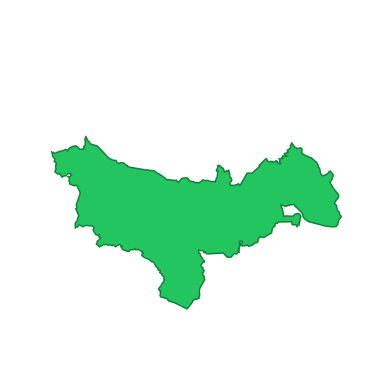 Quimixtlán, Puebla, Mexico (orthographic projection), rotated 218°
{"feature_id": "50627088B34935710320898", "entity_name": "Quimixtlán", "entity_type": "district", "adm_level": 2, "iso_a3": "MEX", "parent_name": "Mexico", "parent_adm1": "Puebla", "projection": "orthographic", "projection_center": [-97.112, 19.243], "detail": "fine", "context": "isolated", "style": "filled", "palette": "green", "viewbox_px": 384, "rotation_deg": 218, "n_neighbors": 0, "source": "geoboundaries", "source_scale": "gbopen_adm2", "svg_char_len": 6073}
<svg xmlns="http://www.w3.org/2000/svg" viewBox="0 0 384 384"><g transform="rotate(218 192 192)"><path d="M326.9,137.1L323.6,134.3L320.3,133.6L319.2,131.1L318.0,131.5L316.0,130.7L315.9,129.1L313.9,126.8L313.3,126.6L312.9,124.4L312.4,123.6L308.9,123.4L307.7,124.8L303.6,123.7L302.9,125.5L301.2,127.4L301.0,130.4L298.9,131.7L297.5,131.6L297.4,131.0L297.8,130.6L297.4,130.1L297.7,128.6L298.9,127.7L297.6,127.5L296.6,126.5L295.7,124.8L294.4,124.4L293.3,123.0L288.5,124.4L287.8,125.8L287.0,126.3L279.4,122.4L275.2,110.4L272.7,108.5L272.5,108.0L273.2,107.2L266.4,103.4L266.1,101.2L265.0,99.4L264.7,95.4L261.9,92.0L261.7,92.9L260.7,93.9L260.7,96.1L260.2,97.1L257.1,97.2L256.3,98.0L255.4,100.1L249.7,103.8L247.6,103.8L246.1,100.9L241.6,99.2L239.5,99.9L238.9,101.0L237.6,99.2L235.6,99.7L236.3,95.0L235.1,91.9L233.0,92.2L231.2,91.7L229.8,94.5L229.5,96.1L228.8,96.3L227.4,97.9L225.6,98.3L224.1,99.9L222.0,100.3L222.0,101.3L221.3,102.0L220.5,101.7L218.4,101.9L217.3,105.6L215.1,106.3L214.8,105.8L213.8,106.2L214.1,105.0L210.8,103.9L208.8,104.9L206.9,105.1L205.0,106.6L205.1,108.4L203.6,109.9L202.6,110.3L201.7,112.5L200.5,111.8L199.0,113.8L196.8,113.8L195.4,114.5L194.8,113.8L194.2,114.5L193.9,114.0L192.7,113.7L193.2,111.7L192.8,111.2L189.4,111.0L185.4,112.2L183.5,112.5L181.2,112.1L179.9,113.0L178.4,112.9L174.9,111.2L171.9,110.8L170.3,109.7L169.1,110.5L168.4,110.4L167.9,108.7L165.8,108.7L163.4,107.8L161.4,107.8L160.7,106.1L159.8,105.9L159.2,104.1L159.2,100.8L158.4,98.0L159.0,97.0L158.7,95.2L158.0,94.5L156.0,94.8L156.1,94.1L154.8,93.4L153.7,91.1L152.5,90.2L151.5,90.2L150.1,91.3L148.9,91.2L146.8,92.3L145.1,92.4L144.2,91.8L143.1,91.8L138.0,93.9L123.9,96.8L123.8,104.2L123.9,105.8L124.5,106.8L123.4,109.8L122.8,110.0L122.6,110.6L122.1,110.6L121.0,112.8L121.6,113.2L122.8,115.9L124.9,118.0L126.5,120.9L128.0,130.7L129.7,131.8L130.4,133.0L131.5,132.9L133.8,134.6L133.5,136.0L134.1,136.4L134.0,137.4L136.3,138.2L136.5,138.9L139.2,139.0L140.0,139.7L140.0,143.2L139.1,144.5L139.8,145.4L140.4,145.2L146.1,147.1L147.7,148.4L149.1,148.3L150.7,149.7L150.8,150.5L149.8,150.7L147.4,152.4L146.4,152.5L145.5,151.5L145.0,151.6L144.8,152.5L144.3,152.9L142.6,152.2L142.0,152.5L129.7,163.2L124.7,162.3L123.4,162.6L121.0,165.0L121.0,169.3L118.6,170.6L118.5,173.3L119.6,174.1L118.1,173.9L119.4,175.4L119.4,174.5L119.5,174.5L119.6,175.1L120.3,175.7L119.7,176.1L120.0,176.7L120.5,176.7L121.5,179.3L123.0,180.6L123.2,181.4L124.1,182.5L122.8,183.9L121.6,183.9L121.2,182.9L121.4,182.0L122.2,181.5L121.5,180.3L121.2,180.6L120.8,180.5L121.1,180.0L120.6,179.6L119.9,181.0L119.4,180.6L118.7,180.7L117.6,182.2L116.0,183.3L115.5,184.5L113.9,184.1L112.1,186.6L111.2,189.4L111.4,190.3L110.0,191.5L109.4,192.6L109.7,194.2L110.3,194.4L110.9,196.0L110.9,198.8L109.0,199.3L107.1,201.0L105.0,206.7L104.3,207.7L104.3,209.2L106.6,213.4L105.6,215.9L106.8,217.7L106.8,218.8L105.5,219.8L105.3,221.6L95.2,229.9L92.9,227.9L90.0,230.1L89.2,230.0L89.5,230.3L89.0,230.7L88.1,229.3L87.7,229.7L88.6,231.0L87.3,231.9L88.0,232.7L87.8,233.3L88.2,233.7L88.6,233.5L88.9,235.0L90.5,238.1L90.6,239.1L92.2,240.5L94.0,240.7L95.3,240.3L97.4,237.8L97.2,236.3L97.6,235.0L103.3,230.9L104.6,229.3L110.9,234.7L111.9,234.9L113.8,236.3L113.9,236.8L112.9,236.8L112.3,237.4L110.2,237.9L109.2,238.6L107.8,240.9L106.9,241.4L106.9,242.6L105.4,243.4L103.7,245.1L101.7,244.0L100.6,244.3L92.4,243.2L90.8,242.4L89.1,240.8L85.9,240.1L84.4,240.4L82.4,240.2L65.5,247.5L59.4,251.3L57.3,253.4L57.1,255.9L59.1,259.9L59.0,264.2L60.2,265.0L61.7,265.1L62.9,266.3L64.3,266.9L66.1,267.1L70.1,270.4L72.9,270.9L73.3,273.0L73.1,277.7L74.7,280.0L83.0,282.0L89.4,284.6L89.2,286.6L90.1,289.8L90.9,292.1L92.0,292.7L96.1,293.5L96.6,292.0L96.3,290.7L97.0,288.4L98.7,285.5L99.8,285.2L102.5,285.9L104.9,288.4L106.5,289.4L107.3,289.3L109.6,291.0L112.0,292.1L114.5,292.0L115.5,292.3L119.3,292.4L120.9,291.5L122.8,291.5L124.9,290.3L125.8,290.6L128.3,290.2L130.3,290.9L131.2,293.0L132.6,293.8L133.6,293.6L136.0,290.8L136.9,291.1L138.4,290.6L143.5,292.1L143.0,289.0L142.0,288.2L141.6,287.2L142.0,285.0L142.6,283.8L142.0,283.7L141.6,282.5L141.2,282.8L140.6,282.0L142.9,279.2L141.7,278.4L141.0,278.7L140.9,278.3L139.9,278.4L142.4,276.6L142.6,276.1L141.9,275.5L142.4,275.5L141.8,274.6L142.2,274.3L141.6,273.8L143.7,271.7L142.7,271.6L141.9,270.5L141.8,269.7L141.3,269.8L139.6,268.9L139.8,268.3L140.4,268.5L142.1,267.8L142.9,267.7L143.7,268.6L144.1,268.1L144.9,268.4L146.0,265.5L147.2,265.6L147.5,264.9L148.0,265.1L149.3,264.1L149.7,263.2L151.8,263.0L153.5,264.0L153.8,263.1L154.3,263.4L155.4,254.2L154.4,254.2L156.2,243.9L160.2,240.8L158.2,227.2L158.4,226.5L160.4,227.1L162.5,223.5L165.6,221.1L167.8,222.3L168.1,223.4L167.6,224.3L167.7,225.4L168.3,226.1L169.7,227.1L171.4,227.3L173.9,229.8L176.5,231.7L176.9,230.8L176.5,230.6L176.9,229.9L177.5,230.2L177.8,229.3L178.7,228.6L179.0,227.8L181.4,229.6L182.5,229.9L183.2,229.5L185.4,229.9L185.8,229.3L187.4,229.6L187.8,228.9L187.5,228.9L187.6,228.4L186.8,227.1L186.2,224.1L185.6,223.7L184.3,224.4L184.2,223.4L183.1,222.2L181.4,219.2L181.1,217.3L180.6,216.7L180.6,215.7L179.8,214.1L180.5,214.1L183.7,211.9L187.2,210.5L188.5,209.1L191.0,208.3L191.1,206.4L192.3,203.5L194.9,201.8L195.1,201.3L197.1,201.1L200.4,199.3L203.2,200.1L204.5,200.1L205.4,199.5L207.7,197.4L208.5,196.0L208.6,192.5L209.1,190.9L211.7,191.7L212.1,190.7L213.2,190.4L213.8,189.5L215.1,189.2L215.5,188.5L216.9,188.2L219.6,186.0L221.5,186.4L227.7,186.1L228.2,185.7L229.4,186.0L230.5,185.5L233.8,185.6L235.7,185.1L238.7,182.8L241.1,181.9L241.8,181.0L257.7,172.5L258.7,172.4L258.9,173.1L261.2,172.6L263.0,172.9L264.4,172.4L266.1,171.5L267.4,169.3L269.2,169.1L271.3,170.1L273.8,168.4L278.8,167.5L294.8,170.0L301.7,167.3L303.9,168.3L305.8,168.4L309.6,170.3L309.6,169.0L308.9,168.5L308.7,167.1L307.9,167.1L305.2,163.4L305.3,161.4L303.9,159.3L304.7,158.8L304.9,158.2L306.5,156.7L309.5,157.0L311.0,156.9L311.3,156.5L311.9,156.9L312.4,156.1L312.7,156.1L314.5,153.7L315.7,150.9L315.2,147.9L316.3,148.3L317.9,147.6L319.3,144.8L321.6,142.3L321.4,142.0L322.9,140.1L323.4,138.6L325.4,137.4L325.9,137.7L326.2,137.1L326.9,137.1Z" fill="#22c55e" stroke="#15803d" stroke-width="1.5"/></g></svg>